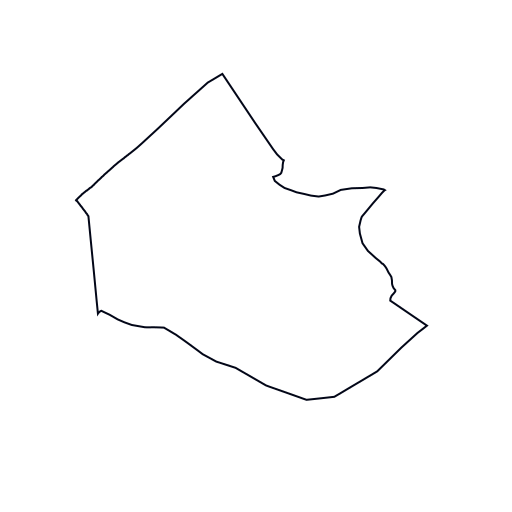 Paix Bouche, Castries, Saint Lucia (Robinson projection), rotated 33°
{"feature_id": "8701671B69138058153877", "entity_name": "Paix Bouche", "entity_type": "district", "adm_level": 2, "iso_a3": "LCA", "parent_name": "Saint Lucia", "parent_adm1": "Castries", "projection": "robinson", "projection_center": [-60.942, 14.018], "detail": "fine", "context": "isolated", "style": "outline", "palette": "ink", "viewbox_px": 512, "rotation_deg": 33, "n_neighbors": 0, "source": "geoboundaries", "source_scale": "gbopen_adm2", "svg_char_len": 3309}
<svg xmlns="http://www.w3.org/2000/svg" viewBox="0 0 512 512"><g transform="rotate(33 256 256)"><path d="M128.6,121.6L121.1,136.8L115.7,156.6L112.8,167.3L104.5,202.0L98.8,224.2L97.1,230.4L94.4,238.6L94.0,239.6L93.8,240.0L93.7,240.6L93.6,241.1L93.5,241.3L93.3,241.8L93.0,242.2L92.9,242.9L92.7,243.5L92.5,244.1L92.3,244.3L92.2,244.8L92.0,245.4L92.0,245.7L91.9,246.2L91.5,246.9L91.2,247.8L91.0,248.3L90.9,248.6L90.8,248.9L90.6,249.5L90.3,250.2L90.2,250.6L90.1,251.0L89.9,251.4L89.7,251.9L89.5,252.3L89.4,253.0L89.1,253.8L89.0,254.2L88.8,255.0L88.5,255.8L88.4,256.2L88.1,257.1L88.0,257.5L87.7,258.4L87.6,259.3L87.5,259.6L87.3,260.1L87.2,260.6L87.1,260.9L87.1,261.2L86.9,261.7L86.7,262.5L86.5,263.3L86.2,264.3L86.0,265.0L85.9,265.4L85.6,266.1L85.5,266.9L85.4,267.4L85.1,268.1L85.0,268.5L84.9,269.0L84.6,269.9L84.4,270.5L84.4,271.2L83.9,273.1L83.6,273.7L83.5,274.8L83.3,275.6L83.1,276.2L83.1,276.5L83.0,276.9L82.8,277.6L82.7,277.9L82.4,278.8L82.3,279.5L82.2,280.1L82.0,280.9L81.8,281.7L81.5,283.0L81.3,283.9L81.3,284.5L81.1,285.0L81.1,285.3L80.8,285.9L80.7,286.2L80.7,286.9L80.6,287.3L80.5,287.7L80.3,288.3L80.0,288.7L79.9,289.0L79.5,289.8L79.5,290.2L79.3,290.7L79.3,290.9L79.1,291.5L78.6,292.7L78.6,293.1L78.3,293.5L78.1,293.8L77.5,295.9L77.3,296.3L77.2,296.6L77.1,297.1L76.8,298.1L76.6,298.3L76.5,298.7L76.5,299.1L76.3,299.4L76.3,299.7L76.3,300.3L76.2,300.6L76.1,301.0L76.0,301.4L75.8,302.0L75.7,302.5L75.6,303.0L75.3,304.1L75.3,304.4L75.2,304.8L75.0,305.6L75.0,306.1L74.7,307.0L74.7,307.3L75.4,307.5L75.9,307.4L76.3,307.4L76.9,307.7L77.5,307.9L78.1,308.1L78.3,308.2L78.9,308.4L79.4,308.6L80.3,308.8L81.0,309.2L81.6,309.4L81.8,309.5L82.3,309.5L82.9,309.8L83.8,310.0L84.3,310.3L84.8,310.5L85.5,310.8L86.0,310.9L86.3,311.0L87.0,311.3L87.5,311.4L88.4,311.7L88.8,311.9L89.6,312.3L89.9,312.4L90.4,312.6L91.0,312.7L91.6,312.9L91.9,313.1L92.1,313.3L92.5,313.4L93.0,313.6L93.8,313.9L94.1,314.3L108.2,332.0L128.5,357.4L146.7,380.3L154.8,390.4L154.8,390.0L154.9,389.4L155.0,388.9L155.1,388.5L155.3,387.8L155.5,387.2L155.7,386.9L156.1,386.2L160.1,385.7L165.2,385.0L174.5,384.5L181.7,383.3L189.4,381.5L198.3,377.7L201.8,376.2L205.1,374.1L209.0,371.5L213.4,368.8L217.8,366.2L230.1,365.7L231.7,365.6L233.7,365.7L245.7,366.2L259.3,367.0L264.8,367.4L269.8,367.0L280.2,366.2L296.1,361.9L299.8,360.9L306.0,360.6L334.9,359.1L339.3,358.1L370.4,350.6L372.2,350.2L376.7,349.1L388.4,339.6L398.4,331.4L420.5,286.7L427.8,253.7L428.0,252.9L433.4,232.4L436.1,224.8L437.3,221.3L392.9,220.3L391.8,218.2L391.4,215.3L391.9,212.3L392.1,209.9L391.5,208.8L388.9,208.0L386.7,206.6L385.3,205.3L383.3,202.4L381.0,199.9L378.8,198.8L376.2,197.7L372.3,195.4L370.5,194.6L369.1,194.1L367.3,193.6L366.6,193.5L366.0,193.7L365.2,193.6L363.3,193.1L357.5,192.5L347.1,190.8L338.4,187.3L330.9,180.6L326.6,175.4L324.3,169.1L323.4,165.9L323.4,164.7L324.0,160.0L325.4,147.9L326.5,140.4L327.3,134.3L328.0,131.0L328.2,130.6L326.9,130.6L319.9,133.4L314.4,136.2L308.5,140.8L299.5,147.0L291.1,154.4L286.6,161.8L281.1,167.5L276.2,172.0L269.2,175.4L262.7,177.7L255.3,180.5L249.8,181.7L242.9,183.4L236.9,183.4L230.9,182.8L227.3,180.3L228.9,178.5L229.5,177.6L230.7,175.9L231.7,174.1L231.9,172.5L231.1,169.9L230.3,167.6L228.8,165.1L227.6,162.5L227.2,160.6L225.5,160.8L218.3,159.3L212.2,157.1L182.8,144.9L128.6,121.6Z" fill="none" stroke="#020617" stroke-width="2"/></g></svg>